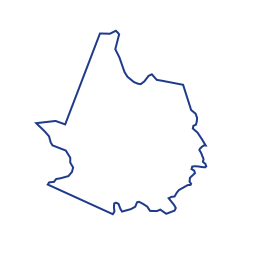 outline of Grimari, Ouaka, Central African Republic, rotated 112°
{"feature_id": "33826404B92675237545946", "entity_name": "Grimari", "entity_type": "district", "adm_level": 2, "iso_a3": "CAF", "parent_name": "Central African Republic", "parent_adm1": "Ouaka", "projection": "robinson", "projection_center": [19.988, 5.752], "detail": "fine", "context": "isolated", "style": "outline", "palette": "blue", "viewbox_px": 256, "rotation_deg": 112, "n_neighbors": 0, "source": "geoboundaries", "source_scale": "gbopen_adm2", "svg_char_len": 1297}
<svg xmlns="http://www.w3.org/2000/svg" viewBox="0 0 256 256"><g transform="rotate(112 128 128)"><path d="M207.7,102.2L202.1,94.9L198.3,91.8L193.5,91.8L192.3,90.1L192.8,85.2L193.7,80.7L196.6,76.5L194.2,70.1L191.6,67.5L193.2,60.4L187.2,53.9L184.3,53.7L182.1,56.4L177.9,64.0L175.5,61.8L174.1,59.2L169.5,58.5L166.4,57.5L158.7,51.4L157.3,48.7L156.1,48.6L154.7,50.8L151.0,51.9L144.7,49.0L142.7,50.7L142.3,53.7L139.7,54.0L138.4,51.7L137.3,48.4L136.4,44.4L135.5,41.7L134.2,41.1L132.2,42.9L131.4,45.7L130.8,46.1L129.1,46.1L127.4,47.2L126.3,48.5L124.3,50.3L122.8,52.0L121.8,53.5L120.7,53.7L117.6,52.4L115.6,50.9L115.1,49.4L110.7,55.3L106.2,61.8L104.2,67.7L101.5,68.2L99.5,66.3L96.4,66.6L92.8,67.7L89.4,70.7L87.7,76.2L86.0,77.6L67.3,93.1L71.5,114.4L72.6,119.4L69.3,126.0L72.0,128.5L78.7,130.3L82.5,132.6L83.2,135.1L83.2,139.7L80.7,147.7L77.4,152.2L65.8,162.4L59.7,169.3L44.5,171.3L43.5,173.1L42.4,175.7L47.4,180.1L49.2,185.0L50.9,189.4L148.2,187.6L148.6,197.8L157.9,214.9L162.5,203.6L165.3,198.1L170.4,194.2L172.4,191.5L172.2,177.2L177.2,170.4L181.7,168.6L185.2,164.1L189.6,163.5L194.9,165.2L200.0,171.9L202.2,175.5L205.7,176.5L207.9,180.7L210.5,181.2L213.6,109.8L210.4,109.3L206.9,111.3L203.1,112.5L201.8,111.2L201.9,108.4L205.9,104.7L207.7,102.2Z" fill="none" stroke="#1e3a8a" stroke-width="2"/></g></svg>